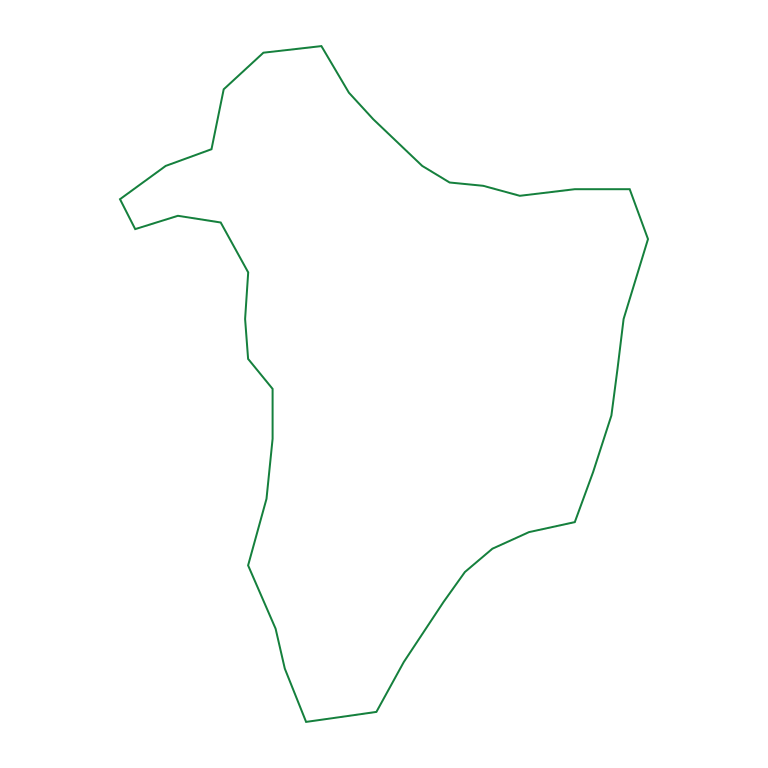 the district of Klirou, Nicosia, Cyprus
{"feature_id": "46923920B55215381984426", "entity_name": "Klirou", "entity_type": "district", "adm_level": 2, "iso_a3": "CYP", "parent_name": "Cyprus", "parent_adm1": "Nicosia", "projection": "equal_earth", "projection_center": [33.181, 35.009], "detail": "fine", "context": "isolated", "style": "outline", "palette": "green", "viewbox_px": 768, "rotation_deg": 0, "n_neighbors": 0, "source": "geoboundaries", "source_scale": "gbopen_adm2", "svg_char_len": 615}
<svg xmlns="http://www.w3.org/2000/svg" viewBox="0 0 768 768"><path d="M629.7,189.2L574.8,189.2L519.8,195.8L483.2,185.8L449.6,182.5L422.2,165.9L373.3,119.3L348.9,92.7L321.4,46.1L263.4,52.7L223.7,89.3L211.5,149.2L165.7,165.9L120.0,199.2L135.2,229.1L177.9,215.8L220.7,222.5L248.2,272.4L245.1,319.0L248.1,358.9L272.6,388.9L272.6,438.8L266.5,498.8L248.1,565.4L275.6,628.7L284.8,668.6L306.1,721.9L321.0,719.8L376.4,711.9L403.8,662.0L443.5,602.0L464.9,572.0L492.4,548.7L529.0,532.1L574.8,522.1L593.1,472.1L611.4,415.5L617.5,368.9L623.6,319.0L648.0,239.1L629.7,189.2Z" fill="none" stroke="#15803d" stroke-width="2"/></svg>